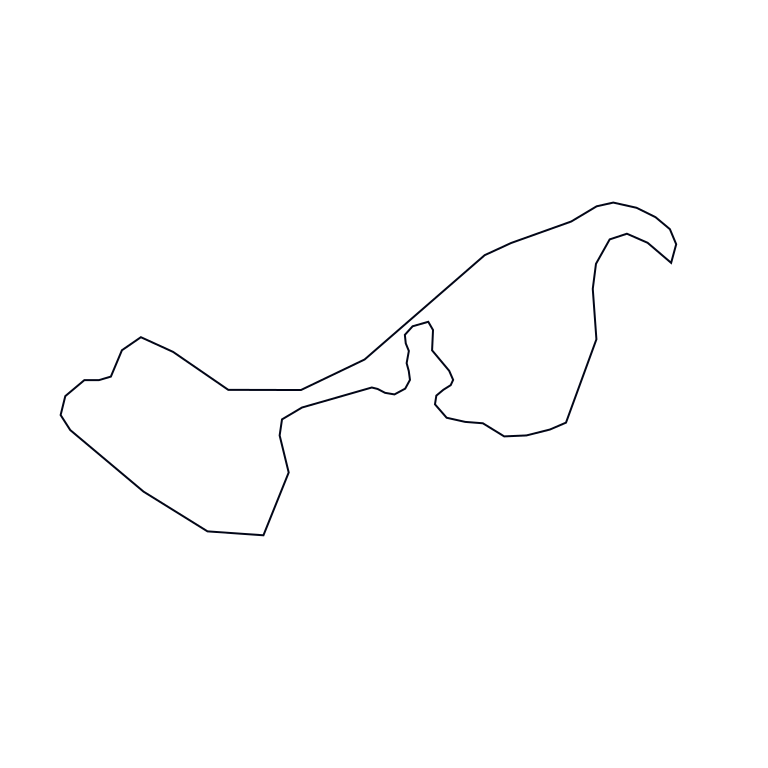 map outline of Miquelon-Langlade (Natural Earth projection), rotated 74°
{"feature_id": "SPM-4867", "entity_name": "Miquelon-Langlade", "entity_type": "Commune", "adm_level": 1, "iso_a3": "SPM", "parent_name": "Saint Pierre and Miquelon", "parent_adm1": "", "projection": "natural_earth1", "projection_center": [-56.329, 46.961], "detail": "fine", "context": "isolated", "style": "outline", "palette": "ink", "viewbox_px": 768, "rotation_deg": 74, "n_neighbors": 0, "source": "natural_earth", "source_scale": "10m", "svg_char_len": 927}
<svg xmlns="http://www.w3.org/2000/svg" viewBox="0 0 768 768"><g transform="rotate(74 384 384)"><path d="M442.8,500.0L496.2,541.6L477.0,594.3L421.2,644.8L341.8,698.3L324.7,703.4L307.8,693.7L297.7,671.0L301.7,656.9L301.6,644.5L279.3,626.6L272.0,604.8L295.0,577.9L346.7,535.3L366.9,465.5L355.1,395.9L287.9,251.7L283.5,223.0L279.4,159.2L271.8,130.6L272.8,113.6L284.2,92.7L298.5,77.0L314.0,66.5L330.2,64.6L346.7,74.6L320.9,91.7L306.5,109.1L307.2,127.2L326.9,147.1L350.1,157.1L399.6,167.5L471.3,219.7L473.5,237.1L472.7,261.3L467.5,282.9L449.0,299.8L442.8,316.4L433.7,333.1L417.6,340.6L409.6,336.9L405.9,328.5L403.5,320.2L399.1,316.4L389.3,317.7L364.9,328.5L345.6,322.0L336.4,324.3L336.4,340.6L342.5,350.4L351.0,351.9L359.1,351.0L370.2,356.5L378.3,356.6L387.2,357.9L394.3,364.9L396.9,376.8L392.8,385.4L387.0,391.5L384.0,396.7L384.0,469.3L389.9,491.8L404.7,498.5L442.8,500.0Z" fill="none" stroke="#020617" stroke-width="2"/></g></svg>